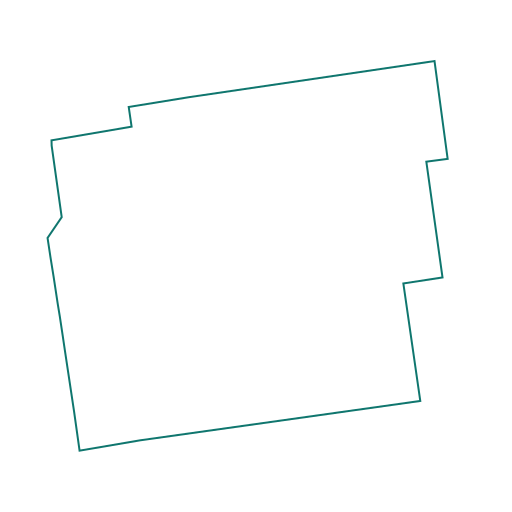 Hancock, Indiana, United States of America, rotated 352°
{"feature_id": "52423323B28427139974873", "entity_name": "Hancock", "entity_type": "district", "adm_level": 2, "iso_a3": "USA", "parent_name": "United States of America", "parent_adm1": "Indiana", "projection": "natural_earth1", "projection_center": [-85.846, 39.821], "detail": "fine", "context": "isolated", "style": "outline", "palette": "teal", "viewbox_px": 512, "rotation_deg": 352, "n_neighbors": 0, "source": "geoboundaries", "source_scale": "gbopen_adm2", "svg_char_len": 437}
<svg xmlns="http://www.w3.org/2000/svg" viewBox="0 0 512 512"><g transform="rotate(352 256 256)"><path d="M69.6,113.0L69.0,118.3L69.0,167.1L69.0,190.5L52.1,209.1L52.3,228.9L52.7,248.8L53.0,275.9L53.3,288.5L53.5,308.4L53.6,322.9L54.2,384.6L54.2,424.2L115.6,422.4L398.5,422.4L398.1,303.7L437.7,303.2L437.8,186.3L459.3,186.5L459.9,87.8L212.0,89.4L150.7,90.7L150.8,110.6L69.6,113.0Z" fill="none" stroke="#0f766e" stroke-width="2"/></g></svg>